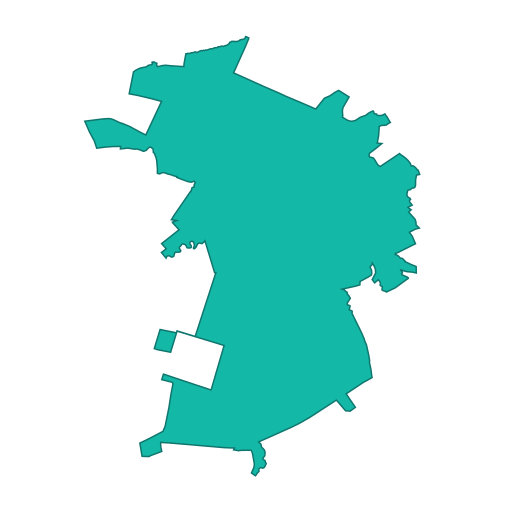 outline of Podu Iloaiei, Iasi, Romania, rotated 268°
{"feature_id": "2599482B47380888133055", "entity_name": "Podu Iloaiei", "entity_type": "district", "adm_level": 2, "iso_a3": "ROU", "parent_name": "Romania", "parent_adm1": "Iasi", "projection": "orthographic", "projection_center": [27.271, 47.215], "detail": "fine", "context": "isolated", "style": "filled", "palette": "teal", "viewbox_px": 512, "rotation_deg": 268, "n_neighbors": 0, "source": "geoboundaries", "source_scale": "gbopen_adm2", "svg_char_len": 6104}
<svg xmlns="http://www.w3.org/2000/svg" viewBox="0 0 512 512"><g transform="rotate(268 256 256)"><path d="M101.3,350.0L115.1,341.3L126.2,359.3L127.7,362.5L130.5,367.8L132.1,367.5L138.7,366.9L145.4,365.7L147.6,365.9L152.3,365.3L163.4,363.3L167.0,361.8L169.8,361.1L176.1,358.6L195.2,350.0L197.4,350.2L197.9,349.9L198.8,347.6L199.1,347.3L202.7,348.3L203.3,347.8L203.9,345.9L204.5,345.4L205.3,345.4L205.9,345.7L210.5,348.8L213.0,347.4L214.2,346.4L215.4,345.8L216.4,345.9L216.7,345.7L217.3,344.7L219.0,343.1L219.9,340.9L222.4,354.5L223.5,358.8L226.9,359.1L231.5,368.3L233.0,370.7L234.4,371.1L237.5,371.0L239.0,370.5L241.1,369.5L242.8,371.3L244.0,371.9L244.8,372.0L242.3,373.5L238.8,374.8L234.9,375.0L228.4,371.3L225.0,373.6L228.0,377.4L226.3,378.7L224.6,379.4L222.6,379.0L221.9,379.6L221.2,380.8L220.7,381.2L217.9,380.7L217.5,380.9L216.9,381.9L216.2,384.2L215.4,385.0L219.3,394.0L226.7,404.9L228.2,407.3L228.5,407.5L228.9,407.3L229.6,406.6L232.1,401.3L233.0,400.9L234.0,401.7L234.7,401.7L235.3,401.4L236.8,400.0L237.1,400.2L235.4,404.8L235.0,406.9L234.4,411.8L233.4,415.6L239.9,415.7L242.2,410.5L244.6,406.0L245.0,404.8L245.7,404.8L248.5,402.2L248.6,400.7L249.5,399.6L251.4,397.9L252.2,396.4L252.6,395.2L253.6,395.5L254.9,398.8L262.7,415.8L270.2,412.9L274.4,410.1L277.3,416.3L278.2,420.2L281.4,417.1L284.7,417.0L287.2,416.2L294.6,410.1L296.8,412.7L298.9,409.8L299.4,409.5L301.4,413.9L304.4,411.6L304.9,411.4L306.2,411.4L307.3,412.5L308.4,411.8L309.3,410.3L310.1,409.5L311.2,409.0L312.6,409.0L315.6,409.7L316.4,410.2L316.8,411.1L316.8,412.4L318.4,414.4L318.5,416.0L318.8,416.7L319.4,417.3L321.1,417.9L326.7,418.2L331.1,419.2L331.6,419.7L331.4,420.3L331.8,422.4L336.1,421.1L336.2,420.5L336.5,420.1L337.2,419.8L339.0,418.3L340.3,416.7L340.6,416.2L340.7,414.1L343.1,413.5L346.1,411.3L348.3,409.2L350.2,407.0L352.6,403.7L353.4,403.1L341.1,383.2L342.3,381.5L343.5,380.5L347.9,378.1L349.9,376.7L351.1,372.9L351.8,372.6L353.5,372.6L354.6,373.1L355.1,373.6L359.7,380.1L364.0,385.7L364.6,381.1L371.7,382.7L378.8,383.5L381.0,383.5L382.0,385.6L382.2,387.3L382.1,389.2L382.4,390.9L384.0,393.3L384.7,394.9L390.8,391.6L392.5,390.2L393.5,389.8L392.3,387.2L392.1,386.0L392.0,384.8L392.3,382.5L392.8,381.8L393.7,381.4L393.9,380.0L394.3,379.1L396.4,378.5L396.9,378.0L396.2,376.2L394.7,373.2L393.3,371.4L392.5,369.9L391.0,365.0L388.1,360.3L387.3,356.8L387.5,354.8L388.6,351.9L391.7,347.3L393.3,347.6L398.0,347.4L401.3,348.1L411.7,354.6L418.6,344.5L417.8,342.5L416.3,339.7L415.0,337.9L413.6,335.6L411.3,329.9L400.8,320.8L408.0,305.7L414.7,291.2L418.1,284.6L425.2,269.6L439.8,240.0L466.0,252.9L473.5,256.3L474.2,256.4L475.3,254.4L475.6,253.2L473.8,252.5L473.4,251.9L472.9,250.2L473.0,249.5L472.6,248.4L472.6,247.7L471.5,246.4L471.2,244.6L470.9,243.9L471.1,243.2L471.0,242.5L471.3,242.0L471.2,241.7L471.4,239.3L470.8,238.5L470.6,237.4L470.3,237.0L469.5,237.0L467.6,234.2L467.4,232.9L466.6,230.5L467.0,229.4L466.7,227.8L466.3,226.6L466.4,225.3L465.8,224.8L465.6,224.3L465.6,222.5L465.4,222.0L465.5,221.4L464.8,220.4L464.6,218.9L464.7,218.5L464.5,217.9L464.6,217.5L463.5,214.2L463.7,212.9L463.1,211.8L463.4,210.6L463.0,209.1L463.2,208.3L462.5,206.3L461.9,205.5L461.4,203.6L461.9,203.3L462.1,202.4L461.5,200.2L461.3,198.2L460.7,196.5L460.9,194.8L460.6,194.2L460.6,193.0L450.7,190.8L447.8,190.5L449.0,178.2L449.8,172.3L449.6,169.2L448.9,165.7L448.8,163.9L450.8,163.3L452.0,163.7L452.7,162.1L453.5,161.0L453.5,160.3L453.4,159.7L453.5,159.1L453.1,158.8L452.8,158.8L452.5,159.3L451.8,159.4L451.0,158.6L450.7,157.5L450.4,155.3L450.2,154.8L448.9,153.1L448.0,147.6L447.5,145.8L445.8,142.2L444.3,140.0L422.5,134.9L420.7,143.0L416.9,156.9L413.8,167.0L380.8,150.1L383.8,144.5L389.8,134.4L393.2,127.0L393.3,126.7L393.1,126.6L394.1,124.3L397.2,118.3L398.1,116.0L398.5,113.6L398.3,107.3L396.7,89.6L385.8,93.9L376.6,98.4L369.3,100.6L370.1,109.4L370.4,117.2L370.2,124.6L367.7,124.2L368.3,131.6L366.9,138.8L367.2,139.9L366.8,141.7L365.6,144.9L364.8,146.4L364.6,147.6L365.5,150.2L366.6,151.1L368.1,152.7L368.5,154.2L368.1,155.2L366.3,156.9L363.0,157.0L362.0,158.1L357.5,159.6L354.6,160.1L346.5,160.5L342.1,160.3L341.5,161.9L341.4,162.7L342.3,164.5L342.5,165.7L342.5,167.0L342.1,168.2L341.1,170.5L340.1,174.1L339.2,176.1L338.0,179.9L337.3,179.6L335.2,184.4L332.8,190.3L332.1,193.2L332.1,194.3L332.9,196.8L331.5,197.9L329.4,196.7L327.7,196.5L327.3,196.7L326.5,194.5L322.7,193.2L322.8,192.8L299.2,175.3L295.2,172.7L294.2,178.0L292.7,173.6L292.2,173.8L284.9,180.0L271.7,162.1L266.3,166.5L262.8,161.6L257.0,166.0L258.2,166.5L259.2,167.6L259.2,169.4L257.9,171.4L258.0,172.6L258.6,173.8L261.8,174.9L262.6,175.6L262.5,179.2L263.0,180.7L264.1,181.0L266.4,179.7L267.7,179.8L268.5,181.0L270.3,182.3L270.6,182.7L270.7,183.2L269.7,185.9L268.6,186.6L266.9,187.2L266.7,187.5L266.4,188.1L266.3,190.1L266.5,190.9L266.8,191.5L267.2,191.7L268.0,191.7L269.2,191.3L270.7,190.2L271.9,190.4L272.9,191.7L272.9,192.3L272.7,193.4L271.9,194.0L271.0,194.4L268.5,194.8L266.4,193.8L265.7,193.8L265.3,194.3L265.9,195.4L267.2,196.6L270.0,198.0L270.9,199.7L270.9,200.5L270.3,201.8L270.3,202.5L271.7,204.4L273.0,205.5L241.4,213.9L240.9,214.0L240.7,215.3L177.7,192.4L183.9,174.5L182.0,173.8L185.9,157.6L167.0,151.1L165.7,154.7L162.8,167.3L183.2,174.3L183.6,174.7L167.7,221.0L124.1,206.6L123.8,206.3L123.9,205.7L141.2,159.4L135.7,157.5L132.8,167.5L132.2,168.3L130.9,168.5L120.4,166.1L108.1,163.8L89.2,159.3L84.0,156.9L76.4,141.0L73.1,133.4L59.8,135.1L59.6,137.1L59.3,142.2L60.2,143.7L64.0,155.0L67.7,154.3L71.3,154.1L73.0,154.3L72.2,162.9L65.6,217.4L64.8,227.8L63.0,226.9L62.9,228.0L62.0,231.8L62.3,234.3L62.1,244.0L61.5,244.6L60.2,245.2L58.0,245.7L48.9,247.0L46.3,246.9L44.1,246.2L39.3,243.9L36.4,247.7L36.9,248.3L38.5,249.2L40.6,251.5L42.7,251.3L43.3,251.5L43.8,252.1L44.3,253.4L44.3,253.9L43.7,255.0L44.0,256.3L44.8,257.2L48.0,258.9L48.5,258.9L49.8,258.0L50.8,258.1L51.3,257.8L52.3,256.3L53.1,255.8L54.0,256.1L55.7,257.6L56.9,258.0L59.7,258.2L61.3,257.8L61.9,257.5L63.7,256.0L64.1,255.4L65.4,254.7L67.8,254.4L70.1,252.1L83.8,285.8L87.1,293.2L92.9,304.2L109.2,331.3L98.3,340.0L98.0,341.3L98.0,342.8L97.6,344.6L101.3,350.0Z" fill="#14b8a6" stroke="#0f766e" stroke-width="1.5"/></g></svg>